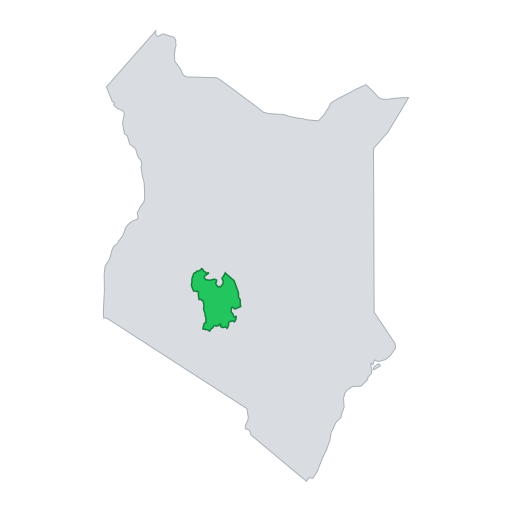 where Central sits in Kenya
{"feature_id": "KEN-1195", "entity_name": "Central", "entity_type": "Province", "adm_level": 1, "iso_a3": "KEN", "parent_name": "Kenya", "parent_adm1": "", "projection": "natural_earth1", "projection_center": [36.807, -0.59], "detail": "fine", "context": "in_parent", "style": "filled", "palette": "green", "viewbox_px": 512, "rotation_deg": 0, "n_neighbors": 0, "source": "natural_earth", "source_scale": "10m", "svg_char_len": 6819}
<svg xmlns="http://www.w3.org/2000/svg" viewBox="0 0 512 512"><path d="M103.6,318.0L103.4,310.5L104.4,291.3L104.2,274.4L105.1,266.0L108.7,260.7L110.3,256.8L111.5,251.4L113.4,246.9L117.7,243.3L118.4,241.4L123.0,235.3L125.7,227.6L127.7,225.0L130.3,222.5L132.1,221.3L135.0,220.0L137.4,219.3L137.8,218.6L138.0,217.4L137.2,212.6L138.2,211.0L139.8,207.8L141.6,204.8L143.2,203.0L144.2,201.0L144.6,197.6L144.7,195.2L144.6,191.3L144.1,182.5L142.2,175.0L141.0,166.7L141.9,164.0L140.4,159.1L139.6,158.9L138.4,157.8L136.8,153.2L135.7,149.0L134.9,148.0L129.8,144.3L127.3,135.7L124.4,133.8L122.9,125.2L122.6,122.7L124.2,114.2L124.0,112.2L122.3,110.4L117.5,108.6L113.6,105.0L114.1,103.8L114.4,102.5L112.4,101.7L106.4,87.0L114.1,78.2L121.9,69.3L131.8,58.0L140.9,47.7L148.8,38.7L155.8,30.7L155.7,32.2L155.7,34.3L156.6,35.5L158.0,36.4L160.0,35.5L161.8,34.2L163.5,34.0L174.0,37.3L175.8,40.2L175.7,43.3L176.1,45.6L175.3,47.8L174.4,54.7L174.7,61.0L177.9,65.7L180.7,69.3L182.9,74.5L184.6,76.0L186.9,76.9L194.1,77.1L204.9,77.4L215.2,77.7L216.2,77.8L218.3,78.5L227.9,85.5L236.6,91.8L243.9,97.4L251.1,102.7L258.1,108.0L263.5,112.3L268.8,113.6L277.4,114.2L283.4,114.4L288.9,116.3L297.2,118.0L303.3,118.8L307.0,119.8L317.3,120.8L319.0,120.2L323.5,115.4L328.6,107.6L330.6,103.3L337.1,99.1L348.7,93.1L356.8,88.9L365.8,84.7L369.9,88.3L375.6,94.2L378.1,97.1L380.2,98.4L383.2,99.2L387.0,99.3L389.0,99.1L393.2,98.4L403.0,97.7L408.6,97.7L403.9,105.5L398.3,114.9L387.9,132.1L380.0,141.1L374.0,148.0L373.5,149.2L373.5,156.8L373.6,175.5L373.8,212.7L373.9,250.0L374.0,287.3L374.1,305.9L374.1,312.2L379.3,320.0L384.5,327.7L391.2,337.8L394.8,343.2L395.4,345.1L395.3,348.7L389.7,356.3L385.1,359.7L379.0,361.4L377.1,361.1L374.7,360.0L373.8,361.8L373.1,364.6L371.7,364.0L370.7,363.2L371.3,368.2L371.9,370.7L371.0,374.1L368.0,377.0L367.7,379.5L361.3,386.0L352.1,386.7L347.3,390.0L345.1,392.6L343.5,398.4L344.1,407.3L341.5,414.1L341.0,417.5L336.3,421.9L334.2,426.0L332.6,430.1L331.3,431.9L329.7,441.2L327.5,446.8L326.9,448.7L326.3,450.3L324.6,453.6L323.5,455.9L322.7,457.4L317.1,471.8L312.8,478.3L309.3,477.6L307.1,480.1L306.8,481.3L305.6,480.6L302.8,478.2L296.9,473.3L291.0,468.5L285.2,463.6L279.3,458.7L273.5,453.8L267.6,448.9L261.7,444.0L255.9,439.1L252.4,436.2L250.9,434.5L249.7,431.2L249.1,430.3L247.6,429.3L245.7,429.0L245.2,428.4L245.2,426.8L245.9,424.4L248.0,419.9L248.3,417.3L247.8,414.3L247.2,409.5L246.6,408.4L242.7,405.9L234.5,400.6L226.4,395.4L218.2,390.1L210.1,384.8L201.9,379.6L193.8,374.3L185.6,369.1L177.5,363.8L169.3,358.5L161.2,353.3L153.0,348.0L144.9,342.7L136.7,337.5L128.6,332.2L120.4,326.9L112.3,321.7L109.2,319.7L106.5,318.0L103.6,318.0ZM374.7,369.2L373.2,369.6L374.0,367.0L378.2,363.8L379.9,364.5L380.2,365.3L380.1,365.9L379.4,366.6L374.7,369.2Z" fill="#d9dde1" stroke="#a8b0b8" stroke-width="1"/><path d="M225.3,272.8L226.2,273.9L234.1,280.7L234.3,281.2L238.4,292.6L238.5,293.3L238.5,296.7L238.5,297.1L238.7,297.5L239.9,299.2L240.2,299.8L240.2,301.0L240.2,301.3L240.3,304.5L240.3,305.0L240.5,305.7L240.6,305.9L240.7,306.1L240.8,306.2L240.7,306.4L240.3,306.7L235.3,308.9L235.0,309.0L234.7,308.9L233.8,308.2L233.3,307.6L233.0,307.3L232.8,307.2L232.6,307.2L232.3,307.2L232.2,307.3L231.8,307.5L231.7,307.6L231.6,307.8L231.5,308.2L231.2,311.4L231.2,311.8L231.2,312.2L232.7,313.5L232.8,313.7L232.9,313.9L233.0,314.1L233.4,315.7L233.7,316.5L233.9,316.7L234.0,316.9L234.2,317.0L234.4,317.0L234.6,317.0L234.8,316.9L235.0,316.8L235.6,316.3L235.8,316.2L236.1,316.3L236.2,316.5L236.2,317.0L236.2,317.4L236.0,317.8L235.9,318.8L235.9,319.6L234.8,321.3L234.4,321.8L234.2,321.9L233.0,320.9L232.8,320.9L232.7,320.8L232.2,320.9L232.1,321.0L231.7,321.2L231.5,321.3L231.1,321.4L230.6,321.4L230.4,321.4L230.2,321.3L229.8,321.5L229.1,322.0L228.8,322.3L228.7,322.6L228.6,322.9L228.6,323.5L228.7,324.1L228.7,324.5L228.3,325.9L227.5,327.8L227.0,328.4L226.4,327.6L226.0,327.3L225.5,326.9L224.4,327.2L223.9,327.4L223.7,327.5L223.4,327.5L222.8,327.5L222.2,327.4L221.9,327.3L221.3,327.0L220.7,326.5L220.5,326.3L220.4,326.1L220.5,325.9L220.5,325.7L220.9,324.9L220.9,324.7L220.7,324.5L220.3,324.4L220.2,324.3L220.0,324.1L219.8,324.1L219.6,324.1L218.5,325.4L218.4,325.6L218.1,325.7L217.5,325.8L217.2,325.9L216.8,326.0L216.6,326.1L216.4,326.1L214.9,325.5L214.6,325.5L214.3,325.6L213.9,326.0L212.7,327.8L212.5,328.0L212.0,328.2L211.7,328.3L211.5,328.5L211.2,328.8L210.6,329.8L209.6,331.1L209.3,331.0L208.6,330.5L208.0,330.0L207.9,329.9L207.6,329.8L203.1,329.1L202.9,328.8L202.9,328.2L204.3,323.2L204.5,323.0L205.3,323.0L205.6,322.9L205.9,322.7L206.0,322.4L206.1,322.0L206.0,321.6L205.8,320.3L205.8,320.0L205.8,319.2L206.1,318.1L206.1,317.9L205.6,317.0L205.5,316.8L205.2,315.9L205.1,315.6L205.1,315.3L205.2,314.6L205.2,314.3L205.2,314.1L203.8,309.9L203.6,308.1L203.6,307.7L203.9,306.5L204.0,306.1L204.0,305.8L203.5,303.3L203.4,302.4L203.2,301.1L203.1,300.9L202.9,300.8L202.7,300.8L202.3,300.6L201.9,300.5L201.7,300.3L201.6,300.2L201.4,299.8L201.3,299.6L201.2,299.5L201.0,299.4L200.5,299.4L200.1,299.5L199.3,299.6L199.2,299.6L199.0,299.4L198.9,298.7L198.7,298.2L198.6,297.7L198.6,296.6L198.3,294.4L198.4,293.8L198.4,293.4L198.5,292.8L198.5,292.5L198.3,291.8L198.3,291.6L198.2,291.5L198.0,291.4L197.9,291.4L196.7,291.6L196.4,291.5L196.3,291.3L196.3,291.1L196.1,291.0L196.0,290.9L195.8,290.9L195.6,290.9L194.7,291.1L194.3,291.2L194.1,291.2L193.9,291.1L193.7,291.0L193.5,290.9L191.6,286.1L191.5,285.6L191.4,285.1L191.4,284.5L191.4,284.2L191.5,284.0L191.9,282.7L191.9,282.2L191.9,279.9L192.0,278.9L192.1,278.3L192.2,278.0L192.4,277.2L192.9,276.1L193.0,275.9L193.5,274.1L193.7,273.7L194.2,273.1L194.6,272.9L196.2,272.1L196.3,272.0L196.4,271.8L196.5,271.4L196.6,271.2L196.8,271.1L197.3,271.0L198.1,271.1L198.7,271.0L199.1,270.9L201.1,269.4L201.3,269.1L201.4,268.6L201.6,268.5L202.0,268.6L202.2,268.8L203.1,269.9L203.3,270.1L203.3,270.3L203.5,271.0L203.7,271.3L204.0,271.5L204.8,271.7L205.1,271.9L205.4,272.1L206.2,273.2L206.4,273.3L206.7,273.3L207.1,273.2L207.3,273.0L207.9,272.7L208.0,272.6L208.3,272.7L208.4,272.8L208.5,273.0L208.5,273.3L208.3,273.5L205.0,275.8L204.7,276.1L204.5,276.4L204.4,276.6L204.3,276.8L204.3,277.0L204.3,277.3L204.4,277.8L204.4,278.0L204.5,278.2L205.7,279.4L206.2,279.8L206.9,279.9L208.6,280.1L209.3,280.3L211.1,280.0L213.8,279.2L214.3,279.2L214.6,279.2L216.4,280.0L216.6,280.1L216.5,280.4L216.5,280.9L216.4,281.8L216.3,282.1L216.2,282.3L216.1,282.5L215.7,282.8L215.6,283.1L215.8,283.8L215.9,284.0L217.4,286.2L217.8,286.6L218.3,286.9L218.4,287.0L218.5,287.0L218.9,286.9L219.1,286.7L219.3,286.5L219.5,286.4L220.1,286.7L220.3,286.8L220.6,286.8L220.8,286.7L221.1,286.3L221.5,285.7L221.7,285.4L222.0,285.0L222.6,284.3L222.7,284.1L222.9,283.9L223.0,283.5L223.1,282.9L223.2,281.2L223.2,280.8L222.2,279.1L222.2,278.9L222.1,278.7L222.1,278.1L222.2,277.8L222.4,277.4L223.4,276.3L223.9,275.5L225.3,272.8Z" fill="#22c55e" stroke="#15803d" stroke-width="1.5"/></svg>